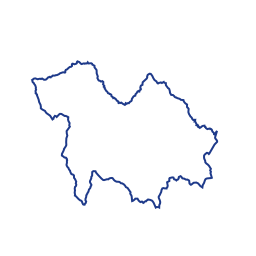 Saraguro, Loja, Ecuador (Robinson projection), rotated 333°
{"feature_id": "8360857B4776298104783", "entity_name": "Saraguro", "entity_type": "district", "adm_level": 2, "iso_a3": "ECU", "parent_name": "Ecuador", "parent_adm1": "Loja", "projection": "robinson", "projection_center": [-79.307, -3.527], "detail": "fine", "context": "isolated", "style": "outline", "palette": "blue", "viewbox_px": 256, "rotation_deg": 333, "n_neighbors": 0, "source": "geoboundaries", "source_scale": "gbopen_adm2", "svg_char_len": 5801}
<svg xmlns="http://www.w3.org/2000/svg" viewBox="0 0 256 256"><g transform="rotate(333 128 128)"><path d="M167.3,214.7L168.6,212.9L170.9,211.4L172.7,209.6L173.6,208.9L174.4,208.7L175.5,208.8L179.3,210.3L180.1,210.4L181.0,205.6L182.0,204.7L182.0,203.0L183.3,202.0L183.0,198.4L182.4,196.5L181.8,195.5L181.3,193.8L181.9,192.2L182.0,189.9L182.5,188.5L183.3,187.1L184.3,186.5L186.9,185.9L187.7,186.4L188.2,187.9L188.8,187.7L197.6,182.0L201.1,180.8L201.5,180.1L201.5,179.2L201.1,177.3L201.1,176.4L201.5,175.7L206.0,171.0L204.4,171.8L203.5,173.0L202.1,173.0L201.8,172.6L202.3,171.5L201.6,169.5L201.9,167.5L201.5,166.6L200.8,166.4L200.7,165.6L198.2,165.0L197.4,163.5L197.5,162.2L197.1,162.0L197.2,161.5L197.0,160.8L197.1,160.6L195.7,160.1L194.3,160.1L193.5,160.4L192.1,160.5L192.0,159.8L191.5,159.6L191.2,159.2L191.5,159.0L191.2,158.6L191.3,158.3L191.1,158.1L191.5,157.7L191.0,157.2L191.4,157.2L191.4,156.8L190.4,156.4L190.8,155.8L190.8,153.3L190.2,152.8L190.5,152.9L191.1,152.0L190.7,152.0L191.3,151.3L190.7,151.2L190.6,150.7L190.0,150.7L189.7,150.4L189.3,148.8L189.5,148.1L189.3,147.1L188.8,145.9L188.9,145.1L188.7,143.7L188.9,141.6L189.1,141.3L189.2,140.9L190.7,138.5L190.5,137.1L190.1,136.5L190.5,135.2L191.3,133.9L190.4,132.3L190.0,131.0L189.8,129.6L190.1,128.3L187.9,126.9L187.3,125.5L185.4,123.7L184.9,122.7L184.3,122.4L183.7,121.4L183.7,120.7L183.0,119.0L181.5,118.1L181.4,115.7L182.0,114.1L182.4,112.1L182.3,111.4L181.8,110.7L181.2,107.1L182.0,105.4L181.6,105.3L181.2,104.1L180.4,103.5L180.5,103.2L178.6,103.3L178.0,102.3L176.9,102.2L176.1,101.8L175.1,102.0L174.8,101.8L174.5,100.9L174.5,99.4L173.4,97.3L173.2,95.1L173.3,92.8L173.0,90.7L172.8,90.1L171.8,89.4L169.7,89.6L168.4,90.8L168.2,91.5L167.2,92.4L161.9,93.9L161.3,94.7L160.5,96.1L158.9,96.1L158.2,96.5L157.1,97.9L157.3,98.6L157.1,99.3L156.6,99.6L155.0,99.8L154.7,100.7L154.4,100.7L153.7,99.8L153.1,99.8L151.4,100.9L149.9,101.4L149.2,102.5L147.5,102.3L146.3,102.9L144.6,103.9L143.9,105.0L143.2,105.5L141.5,105.6L140.0,106.3L139.4,105.8L138.0,105.8L137.3,104.8L136.8,105.2L136.6,105.8L135.7,106.0L134.4,104.1L133.6,102.4L132.8,102.4L132.1,101.6L131.1,101.7L130.9,101.5L131.3,99.8L131.0,99.2L130.4,98.5L130.4,97.0L129.9,96.4L129.8,95.6L129.3,94.8L128.4,94.7L128.5,93.6L127.7,92.3L128.2,90.8L127.7,89.8L127.0,89.4L126.8,88.6L126.0,87.9L126.0,86.3L125.3,84.6L125.4,83.1L125.1,82.3L125.6,81.4L125.1,80.3L126.0,79.8L125.6,77.7L126.2,77.2L126.9,75.6L126.3,74.5L125.3,74.5L124.9,74.3L124.5,73.3L123.5,72.4L123.4,72.0L123.4,69.6L124.5,68.3L124.9,65.1L126.1,62.6L126.3,61.9L125.7,58.8L126.4,57.3L125.0,55.3L125.2,54.5L124.6,53.6L122.0,52.5L121.9,51.2L121.0,51.7L120.4,51.7L119.3,51.1L118.7,51.1L118.5,50.7L117.7,50.3L115.7,50.0L115.3,49.5L114.5,47.1L113.2,45.7L112.5,46.0L111.7,47.1L111.2,47.2L109.2,46.9L108.0,45.6L107.5,45.5L106.9,45.8L106.3,47.3L105.0,47.6L103.9,47.2L102.2,47.5L100.5,48.1L99.0,48.0L98.1,48.6L97.5,49.8L96.9,50.0L96.0,49.2L95.1,48.8L92.2,48.4L90.9,48.7L88.8,48.6L87.4,48.1L86.6,48.1L84.7,47.1L83.8,47.5L82.7,47.4L82.1,47.8L81.6,47.5L81.3,46.8L79.4,46.7L78.6,47.2L76.7,47.6L75.1,46.9L73.9,44.9L72.7,44.9L72.1,44.2L70.8,43.8L69.7,43.6L67.9,41.7L66.6,41.3L64.4,41.7L64.5,42.2L64.1,42.8L63.9,44.0L64.5,45.3L64.4,46.4L64.7,47.6L64.6,48.7L64.3,50.2L63.6,51.2L63.5,52.2L62.5,52.9L61.9,54.3L61.9,54.9L61.5,55.2L62.1,56.8L61.8,57.1L61.3,62.0L60.6,64.6L60.6,67.7L59.9,69.8L59.3,70.7L59.4,71.3L60.1,72.7L61.8,75.1L61.9,76.8L62.2,77.9L64.2,81.7L64.6,86.1L65.8,85.9L65.9,85.6L66.7,84.9L68.4,84.0L69.3,84.9L69.5,85.8L72.9,84.6L73.8,84.5L75.1,85.3L77.0,88.5L78.1,89.0L78.5,89.7L79.4,90.6L79.7,91.3L79.2,91.7L79.1,92.3L78.4,93.3L78.1,94.8L78.2,97.1L76.8,99.1L76.8,100.4L71.9,102.9L71.0,105.0L70.5,107.2L68.4,109.2L66.5,112.5L65.3,115.2L64.2,116.1L61.5,117.6L61.5,117.8L60.1,119.1L57.4,121.1L56.6,122.5L56.9,123.3L57.5,124.0L57.8,125.1L58.3,125.7L59.2,126.2L59.4,126.6L59.2,127.4L59.5,127.8L59.1,129.2L58.7,129.4L57.8,131.3L56.6,132.7L56.3,133.6L56.4,135.5L56.8,136.5L56.6,138.2L57.0,139.7L56.7,140.6L56.6,143.2L56.9,143.7L57.6,144.2L58.3,145.7L57.3,147.9L57.6,149.6L57.5,152.0L57.5,152.3L56.3,153.7L56.3,154.7L56.0,155.3L55.2,156.1L54.0,156.5L52.9,158.0L52.5,159.5L52.0,160.0L51.5,161.0L51.1,161.4L50.6,163.4L50.0,164.1L50.6,165.1L51.7,168.9L52.5,170.7L53.2,171.4L53.6,172.5L53.3,173.9L53.4,174.5L53.3,175.5L53.5,176.0L54.5,176.6L55.3,175.9L56.3,175.6L57.4,174.4L57.2,173.3L57.9,171.9L59.5,170.4L60.3,169.0L60.9,168.8L61.3,168.3L62.1,168.0L62.8,167.2L63.7,166.9L65.3,165.1L67.0,164.4L67.6,163.9L68.1,163.1L69.0,162.7L69.6,162.0L69.5,159.8L69.6,158.8L70.0,158.1L72.4,156.2L73.1,154.9L74.4,154.2L76.1,151.0L77.5,150.7L79.4,151.8L79.3,153.3L80.0,156.3L81.4,161.0L82.3,163.1L83.2,163.6L85.9,164.1L87.2,164.8L88.3,164.5L89.4,164.6L91.0,165.2L91.5,165.7L91.9,168.0L92.5,169.4L93.4,170.6L95.6,171.9L96.3,172.9L96.6,174.0L97.7,174.7L98.7,176.3L99.2,178.0L99.3,179.7L100.4,181.2L101.1,186.4L100.3,187.3L100.2,188.3L100.4,189.6L100.2,190.6L98.5,195.0L99.3,195.1L101.2,194.8L102.4,194.3L104.4,195.3L104.5,197.4L105.1,199.1L105.7,199.8L106.4,199.7L107.1,199.9L107.6,201.7L108.2,201.7L108.8,201.3L110.4,201.2L110.8,201.5L111.8,201.0L112.7,201.1L113.4,200.8L115.2,202.2L116.4,203.6L116.7,204.6L116.9,206.3L116.6,211.5L117.6,211.4L119.3,212.4L119.7,213.0L120.9,210.9L122.3,209.8L123.1,208.6L123.5,206.9L123.7,204.1L124.3,203.0L125.6,202.3L128.6,200.0L129.7,198.5L131.2,197.4L132.3,197.6L133.2,198.4L134.9,199.4L135.3,198.9L136.4,198.4L137.2,197.4L138.2,194.1L140.8,194.0L141.8,191.9L142.4,191.5L145.0,192.1L146.0,192.8L145.8,194.6L146.9,195.7L147.3,196.7L148.2,196.4L148.9,196.6L150.2,196.0L150.8,195.0L151.2,194.7L153.0,194.8L153.4,195.9L153.6,197.5L154.1,198.0L154.9,198.4L156.2,200.3L157.6,201.0L158.6,202.6L157.6,205.4L158.1,207.0L158.7,207.2L161.6,206.6L164.1,207.6L165.4,209.3L166.1,212.5L167.3,214.7Z" fill="none" stroke="#1e3a8a" stroke-width="2"/></g></svg>